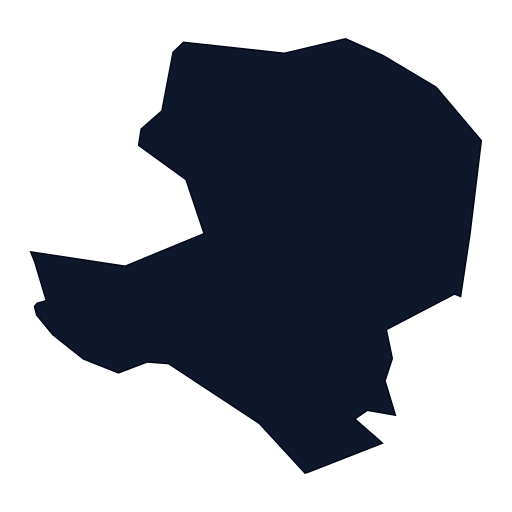 the border of Bridgend
{"feature_id": "GBR-2112", "entity_name": "Bridgend", "entity_type": "Unitary Authority (wales)", "adm_level": 1, "iso_a3": "GBR", "parent_name": "United Kingdom", "parent_adm1": "", "projection": "equal_earth", "projection_center": [-3.617, 51.531], "detail": "fine", "context": "isolated", "style": "filled", "palette": "ink", "viewbox_px": 512, "rotation_deg": 0, "n_neighbors": 0, "source": "natural_earth", "source_scale": "10m", "svg_char_len": 597}
<svg xmlns="http://www.w3.org/2000/svg" viewBox="0 0 512 512"><path d="M305.1,473.2L259.4,423.5L168.5,363.6L147.1,362.0L118.4,372.9L83.4,359.0L52.9,334.8L36.7,315.1L34.5,306.4L37.3,303.1L42.1,301.9L46.3,300.5L34.7,261.8L30.7,251.9L125.1,266.2L204.1,233.6L186.0,179.6L138.6,145.3L141.2,129.0L161.9,110.9L173.1,52.2L183.5,42.3L284.3,53.3L345.6,38.8L382.8,55.4L436.2,87.3L481.3,140.6L470.1,233.0L460.6,296.5L454.5,294.0L386.3,329.6L392.3,358.5L385.0,380.8L395.4,415.2L367.3,410.3L354.8,419.0L382.4,443.1L308.9,471.9L306.7,472.6L305.1,473.2Z" fill="#0f172a" stroke="#020617" stroke-width="1.5"/></svg>